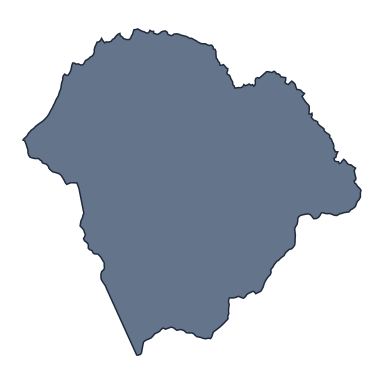 the district of Itaberaba, Bahia, Brazil
{"feature_id": "56859067B40905854512446", "entity_name": "Itaberaba", "entity_type": "district", "adm_level": 2, "iso_a3": "BRA", "parent_name": "Brazil", "parent_adm1": "Bahia", "projection": "natural_earth1", "projection_center": [-40.241, -12.524], "detail": "fine", "context": "isolated", "style": "filled", "palette": "slate", "viewbox_px": 384, "rotation_deg": 0, "n_neighbors": 0, "source": "geoboundaries", "source_scale": "gbopen_adm2", "svg_char_len": 5509}
<svg xmlns="http://www.w3.org/2000/svg" viewBox="0 0 384 384"><path d="M136.7,355.1L138.7,355.0L140.5,354.3L141.5,352.8L142.3,348.4L142.9,344.9L143.6,341.9L145.9,340.2L148.8,339.0L151.0,338.0L152.8,336.2L154.8,333.7L157.4,332.6L159.5,331.4L161.3,329.3L163.0,328.0L165.5,329.2L168.6,328.0L171.4,327.1L173.9,328.0L175.6,329.5L177.1,330.3L179.2,329.7L181.3,329.6L184.0,330.6L186.4,332.7L189.0,333.0L191.7,332.9L193.8,333.8L195.0,335.2L196.7,336.6L199.2,337.1L201.7,337.7L203.2,338.4L206.1,338.8L208.0,338.1L210.5,338.6L211.7,336.9L212.6,334.1L213.5,331.9L215.2,330.6L217.6,328.8L220.1,326.8L222.0,325.1L223.9,323.2L226.9,320.1L228.0,318.8L227.8,316.0L228.8,313.5L228.5,311.3L228.7,307.7L229.2,304.5L228.5,302.0L228.7,299.5L229.7,297.7L232.1,298.0L234.7,297.7L236.3,297.2L238.4,296.3L241.5,297.6L243.5,298.2L245.5,296.6L246.4,295.0L247.6,293.9L249.0,293.1L250.9,292.4L252.5,291.4L254.1,291.6L255.7,293.7L257.8,292.7L260.8,291.2L261.8,289.7L263.2,286.9L264.2,283.5L265.0,281.7L266.4,279.3L268.5,276.4L270.2,274.8L271.1,272.4L270.8,269.6L272.7,267.3L274.2,264.6L275.6,262.8L276.8,261.2L278.5,260.4L280.4,258.4L282.3,256.8L284.1,255.6L285.0,253.6L286.2,252.0L287.6,250.9L289.0,249.5L291.5,248.9L293.3,247.1L294.6,245.2L295.0,243.0L295.1,240.3L295.1,238.4L295.4,235.3L295.0,232.1L294.7,228.5L295.8,226.3L297.0,224.4L297.6,222.0L297.9,218.0L299.4,216.1L301.1,215.2L303.2,214.7L305.4,214.3L307.2,213.9L308.9,214.1L310.4,214.7L311.9,216.3L313.6,218.7L316.2,218.6L318.6,217.3L320.1,215.3L320.9,213.5L322.1,212.6L324.2,213.1L325.8,213.6L327.5,213.7L329.9,213.5L331.9,214.3L334.4,215.3L336.7,215.5L338.3,214.7L339.9,213.8L341.7,213.4L343.8,212.7L346.1,212.3L349.0,211.9L350.6,209.8L352.8,208.7L355.4,206.5L356.6,203.1L357.4,201.4L359.1,199.6L360.4,197.1L360.4,192.6L361.0,190.3L359.7,188.4L357.5,186.3L356.1,184.1L354.7,182.9L354.2,180.8L355.7,179.9L355.9,178.0L355.3,175.7L354.7,173.3L354.2,170.6L355.6,168.1L353.0,166.6L351.4,165.0L349.6,164.8L347.7,163.9L345.7,161.1L343.8,159.3L342.1,161.0L340.8,163.1L339.3,163.6L338.5,161.7L336.5,161.6L334.6,160.8L334.0,158.4L335.9,157.3L336.4,154.9L337.8,151.8L335.3,151.8L334.7,150.0L333.7,148.7L333.8,146.5L333.5,144.1L332.3,141.7L331.2,138.9L329.7,137.7L329.8,135.3L328.5,134.1L326.5,132.9L324.3,131.0L323.9,128.7L321.8,127.2L319.9,125.7L318.2,124.2L317.5,121.7L315.7,120.8L313.5,119.9L311.3,117.3L312.2,115.2L311.9,113.2L310.4,114.2L308.9,113.9L309.2,110.4L309.3,107.7L309.0,105.7L307.4,103.9L305.4,101.7L304.2,99.8L303.1,98.4L302.1,96.3L303.4,95.0L304.5,93.4L302.5,92.3L300.8,90.3L298.9,89.6L297.0,89.6L295.9,87.2L295.2,84.4L293.7,82.6L291.8,81.1L289.9,82.8L288.3,84.5L286.5,83.9L285.0,82.6L285.7,80.0L285.7,77.6L283.3,77.3L281.0,76.9L279.7,74.9L278.3,73.8L276.7,73.9L275.5,72.2L273.9,71.2L272.2,72.4L270.5,72.3L268.3,71.6L266.3,71.8L265.1,73.0L263.8,74.1L262.4,75.5L261.1,76.5L259.4,78.1L257.7,77.6L255.9,78.4L255.2,80.3L255.4,82.3L255.2,84.6L253.9,86.2L252.6,84.6L250.9,85.3L249.2,84.0L246.8,85.2L245.3,85.7L243.9,84.5L242.6,86.9L240.4,87.7L238.3,87.6L236.7,87.9L235.0,88.1L234.1,85.9L232.7,84.4L232.7,82.2L231.6,80.0L230.7,78.4L230.0,76.2L228.9,74.9L227.4,74.3L226.8,72.4L227.6,70.9L227.8,68.6L226.4,68.0L225.1,66.4L223.5,64.6L221.7,65.2L220.0,65.2L219.4,62.6L218.1,61.2L217.4,59.4L216.2,58.0L216.1,55.9L215.9,53.9L215.9,51.3L215.0,49.3L213.4,49.1L213.1,46.8L211.6,45.1L209.0,45.4L207.3,44.8L205.5,43.8L203.4,43.7L201.4,43.7L199.3,42.7L197.7,41.9L196.4,40.9L194.6,40.0L191.7,38.3L189.6,38.3L186.8,36.6L184.5,36.0L182.4,35.4L180.5,35.0L179.0,34.2L176.5,33.8L173.9,34.1L171.9,35.7L169.9,35.2L168.0,34.5L167.2,32.2L165.4,30.9L163.2,31.2L161.3,31.9L160.0,33.1L157.5,34.5L155.5,33.8L153.7,33.2L153.6,31.3L151.7,31.5L150.0,30.3L148.8,32.4L147.4,33.1L145.6,32.7L144.1,31.7L142.5,31.4L141.0,30.7L139.6,29.9L137.7,28.9L135.8,29.6L134.0,29.7L133.4,31.4L132.7,34.0L131.5,36.0L130.7,38.1L129.4,39.5L126.9,39.6L123.7,38.7L122.0,36.7L120.3,35.6L119.9,33.4L118.1,34.2L116.4,35.7L115.3,37.0L114.2,38.6L112.6,39.3L111.3,41.2L108.3,42.2L106.4,41.8L104.7,42.9L103.1,41.0L101.5,38.4L100.7,40.2L99.4,41.6L97.0,42.2L96.1,44.6L94.9,46.9L94.2,49.8L94.3,51.8L93.8,53.8L92.5,55.8L90.2,57.1L89.0,58.4L87.4,59.5L85.4,60.6L84.6,62.3L83.6,64.0L82.2,65.1L80.4,64.8L78.4,63.9L76.1,64.1L74.5,63.1L72.7,63.0L71.7,65.9L71.3,68.4L70.7,70.7L69.5,73.1L68.3,75.0L66.7,75.4L64.6,74.1L63.3,75.8L62.7,77.8L62.7,80.0L61.9,82.2L61.3,84.9L60.9,88.0L60.3,90.1L59.5,91.8L58.8,94.3L58.2,96.1L56.7,98.5L55.5,100.9L54.7,103.1L53.4,105.3L52.8,107.0L51.9,108.5L50.3,111.4L48.8,114.3L47.3,116.5L45.6,118.4L43.8,120.2L42.3,121.5L40.5,122.7L38.8,123.9L37.1,125.2L35.5,126.4L34.3,127.9L32.8,129.1L31.3,130.1L30.1,131.6L28.6,133.1L27.3,135.5L25.6,137.3L24.1,138.6L23.0,140.0L24.7,140.8L25.9,143.6L26.8,146.6L27.4,148.4L28.0,150.3L27.9,152.4L28.7,155.4L30.1,157.2L31.8,157.8L34.5,158.5L38.7,158.6L40.2,160.1L41.5,160.9L42.4,162.8L44.0,163.5L46.1,164.0L48.2,166.0L49.0,168.4L50.6,170.1L52.7,171.8L56.7,172.9L58.7,173.6L60.3,174.5L61.5,175.9L62.9,178.1L64.3,180.5L65.4,182.8L66.8,184.4L70.5,182.8L73.5,182.8L77.0,183.0L79.0,188.6L83.9,213.5L83.0,215.1L82.6,217.3L81.7,219.2L80.9,221.0L80.6,222.7L80.1,226.0L82.3,228.2L83.9,230.3L84.5,232.6L85.4,234.5L84.7,236.5L83.5,238.7L84.5,240.8L86.3,242.1L88.0,243.9L88.4,245.9L88.2,248.1L89.5,249.6L91.8,250.4L93.3,253.2L94.9,254.0L97.7,254.0L99.0,255.2L100.7,257.0L102.1,259.4L103.3,261.3L104.2,262.8L104.2,265.2L104.4,268.2L103.7,269.8L101.7,271.5L100.9,274.4L101.0,277.0L101.1,279.0L102.3,281.2L105.4,285.8L106.6,288.8L136.7,355.1Z" fill="#64748b" stroke="#1e293b" stroke-width="1.5"/></svg>